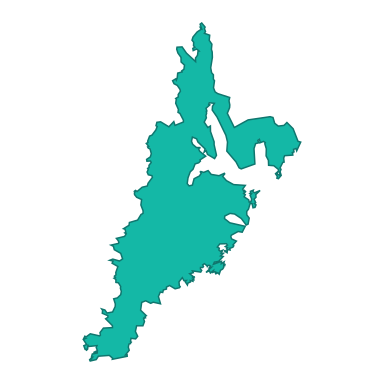 Moskenes nor, Norway
{"feature_id": "86288312B19862201560696", "entity_name": "Moskenes nor", "entity_type": "district", "adm_level": 2, "iso_a3": "NOR", "parent_name": "Norway", "parent_adm1": "", "projection": "albers", "projection_center": [12.984, 67.935], "detail": "fine", "context": "isolated", "style": "filled", "palette": "teal", "viewbox_px": 384, "rotation_deg": 0, "n_neighbors": 0, "source": "geoboundaries", "source_scale": "gbopen_adm2", "svg_char_len": 6016}
<svg xmlns="http://www.w3.org/2000/svg" viewBox="0 0 384 384"><path d="M300.7,142.1L298.0,141.3L293.1,128.7L286.9,122.5L284.0,125.4L278.3,126.1L274.7,123.3L273.0,117.5L270.1,116.7L248.1,119.9L234.3,127.5L227.3,113.3L229.6,107.7L229.8,104.9L229.0,100.8L229.7,97.5L217.7,93.6L215.1,91.9L213.5,87.8L214.5,80.7L213.4,79.2L213.4,74.8L211.6,72.7L210.7,67.8L212.4,57.3L212.2,52.0L211.4,49.3L211.9,44.2L209.2,40.3L209.7,35.2L204.4,33.3L205.5,31.5L204.4,28.7L205.1,27.1L201.7,23.0L200.1,24.2L201.6,28.7L200.5,28.0L201.1,29.3L197.1,32.0L193.0,37.0L192.0,40.2L193.7,42.3L193.5,45.7L194.9,47.2L192.8,48.4L193.2,50.6L196.6,49.0L199.1,51.1L198.0,51.4L197.5,55.3L195.5,58.0L195.6,61.6L186.5,53.2L182.1,46.9L177.0,47.2L176.7,49.2L177.9,53.0L181.0,57.4L181.1,62.0L184.5,65.1L183.9,69.3L181.7,70.9L182.1,71.9L177.7,73.1L177.2,78.0L176.3,80.1L175.8,78.8L172.6,80.7L174.0,83.7L177.3,85.4L180.0,89.4L180.4,91.2L178.2,94.5L178.3,96.9L175.7,98.5L176.3,99.1L175.7,103.3L178.4,109.4L178.0,112.4L179.9,113.4L183.4,120.1L183.4,122.0L175.0,125.4L173.8,121.6L168.9,126.8L160.6,121.8L156.9,122.3L156.0,125.7L157.2,126.5L155.9,129.9L152.0,135.1L149.6,136.1L147.7,141.1L148.0,142.5L146.3,143.4L148.7,146.4L147.6,146.9L148.2,148.0L150.1,149.1L151.3,153.7L150.3,156.9L146.6,159.4L146.9,161.2L150.5,161.0L151.2,162.5L149.0,165.3L149.0,167.6L147.6,168.4L148.2,169.7L147.1,172.0L148.3,174.8L151.9,175.6L152.4,177.4L148.1,183.2L147.3,186.0L142.2,187.2L137.1,191.5L135.5,190.4L134.5,191.2L135.2,191.5L134.4,193.0L134.6,194.7L136.7,197.3L141.6,199.5L140.9,205.0L143.1,210.8L143.0,213.4L141.0,214.5L137.6,220.1L129.4,222.5L129.0,225.3L123.5,228.7L125.1,229.3L125.8,232.4L124.8,232.9L126.2,233.8L124.6,236.4L116.4,238.4L118.2,240.6L118.9,242.5L118.4,243.4L111.0,245.1L113.4,246.3L114.3,249.7L120.7,253.3L122.6,258.9L119.5,261.0L112.8,259.1L109.7,260.3L113.1,261.1L112.1,263.2L117.9,266.5L115.8,272.5L116.0,274.8L114.4,276.2L115.4,277.5L114.0,278.2L115.9,279.5L115.9,282.4L118.4,282.8L120.7,286.5L120.4,288.2L121.3,291.4L120.7,294.7L117.4,297.9L113.7,298.8L115.3,303.9L115.2,306.5L112.6,312.0L107.0,313.0L104.9,310.0L101.7,309.0L102.6,310.3L102.3,313.3L107.9,315.7L107.9,317.3L105.6,318.8L112.4,325.6L112.5,327.6L103.4,328.1L100.0,332.6L100.4,335.2L99.6,335.9L90.3,333.8L86.0,337.0L84.9,336.2L83.8,338.4L85.2,338.6L83.3,339.4L86.6,344.5L83.8,345.7L85.1,349.3L87.1,349.1L86.0,350.7L87.6,349.2L87.9,344.7L88.6,346.5L97.0,345.6L96.2,347.4L97.4,350.6L93.4,352.6L97.3,351.7L97.3,353.0L92.3,354.0L91.5,356.9L92.7,357.1L91.0,358.5L92.3,358.4L89.7,360.0L90.2,361.0L96.2,359.6L98.4,356.2L109.3,355.4L112.6,358.2L112.3,359.3L127.2,356.3L127.1,354.8L125.5,354.9L129.2,350.3L128.3,347.2L128.9,344.1L131.0,343.4L130.3,343.3L131.3,342.1L130.5,341.6L131.0,338.3L135.6,338.9L137.7,336.3L135.4,331.5L136.6,325.8L142.9,325.8L144.5,321.5L143.6,318.9L144.2,318.4L143.1,318.0L145.5,317.8L145.1,316.3L146.3,315.7L140.6,310.2L141.7,302.4L145.7,300.8L150.7,303.3L153.2,302.2L160.5,303.8L158.4,296.5L160.3,292.1L162.7,292.5L163.4,289.9L166.4,289.1L166.5,287.0L169.6,285.5L175.1,288.8L179.5,287.7L180.2,286.7L179.3,285.6L179.0,281.8L182.3,277.7L183.9,280.6L186.3,280.5L185.2,281.7L187.4,285.0L187.9,283.1L190.4,282.0L190.3,280.5L192.9,281.3L192.5,279.3L193.8,279.9L193.8,277.6L194.8,276.7L192.0,277.5L193.2,276.5L189.7,273.7L193.3,272.7L192.4,270.9L200.7,272.1L201.7,270.4L200.4,269.0L200.5,267.5L202.7,267.5L203.5,266.6L202.7,264.8L204.4,263.7L207.3,266.0L207.2,267.3L207.7,265.5L209.3,265.3L210.5,266.0L209.3,267.7L211.4,267.3L206.0,272.4L209.3,270.8L210.4,273.0L213.4,270.6L212.9,272.3L214.8,271.6L216.1,272.3L215.3,272.7L215.8,273.8L217.9,272.8L219.2,274.2L220.5,270.3L222.6,269.1L223.7,267.4L223.7,265.2L224.7,265.6L225.0,264.4L223.6,263.5L224.1,261.9L221.3,263.7L221.5,261.3L213.4,264.3L214.4,262.1L218.6,261.4L223.2,256.5L220.5,255.9L223.4,253.3L221.0,253.2L222.7,250.3L220.3,251.2L218.9,250.1L219.3,248.2L217.3,247.1L219.8,243.9L226.4,243.7L227.5,245.1L225.3,246.6L227.5,247.6L226.5,248.9L227.3,249.6L227.0,251.0L224.1,250.7L227.1,252.7L227.5,249.6L230.1,250.0L229.7,248.4L232.9,247.2L233.8,245.8L233.0,244.9L236.4,241.1L231.6,238.9L230.8,236.7L231.3,235.2L238.1,231.5L242.2,232.2L245.2,226.3L229.8,222.8L224.5,218.6L224.8,216.0L230.0,213.4L234.6,214.0L241.3,218.5L246.2,225.0L248.1,224.1L249.2,218.1L246.8,214.9L246.7,211.5L248.5,209.1L250.1,203.6L252.1,203.6L253.0,207.8L255.0,207.4L256.0,204.9L254.4,203.6L255.7,202.7L254.1,199.1L256.0,197.3L255.8,194.5L260.1,190.5L254.5,192.8L252.8,191.6L253.3,190.2L250.4,191.3L250.7,192.9L250.0,193.4L251.5,193.8L250.1,195.2L251.7,199.1L250.8,201.9L249.2,202.1L248.7,199.9L244.1,196.8L245.3,194.6L243.6,193.5L245.6,191.7L244.7,190.7L244.3,192.2L242.7,189.1L245.3,185.4L233.6,184.6L226.4,180.6L222.7,176.4L224.7,173.9L224.3,173.3L219.0,175.7L211.2,174.4L208.1,170.6L203.7,172.4L200.8,171.5L200.3,171.9L201.2,173.3L199.4,176.0L194.1,178.7L192.4,185.1L189.1,185.9L187.2,183.6L188.0,177.8L190.2,171.9L193.0,169.3L195.1,163.9L198.7,162.8L200.4,161.1L200.0,159.9L205.7,156.2L199.7,151.3L198.5,148.6L200.5,147.6L196.4,147.5L192.7,144.3L191.5,141.3L192.4,137.1L196.6,138.8L197.9,142.0L205.1,148.9L204.1,152.2L206.2,150.7L207.5,154.4L214.6,158.6L216.5,155.3L214.1,144.6L214.1,141.8L210.5,131.5L210.4,126.0L207.8,127.5L204.2,122.1L206.4,117.8L205.9,115.7L206.6,113.3L206.3,111.4L206.9,111.0L206.0,108.3L209.8,104.9L208.7,104.4L209.3,102.8L214.4,103.3L212.5,106.3L212.2,110.0L217.1,117.1L225.9,135.3L227.5,142.0L226.8,151.1L236.0,161.9L239.1,167.8L241.2,168.9L254.9,164.0L254.0,148.6L255.6,143.6L258.7,142.8L257.8,140.4L259.4,139.3L260.2,142.2L259.2,143.1L263.5,141.4L265.3,142.6L264.8,143.7L266.3,148.8L266.1,155.9L268.4,160.3L268.6,165.3L273.8,165.7L278.5,169.5L278.3,171.4L279.8,172.9L279.8,175.3L277.4,174.1L277.4,172.0L275.5,173.7L277.3,176.4L276.9,178.2L278.4,178.7L281.2,175.4L280.1,171.8L281.0,169.3L280.0,168.0L282.8,162.4L284.1,162.1L283.7,158.0L284.6,155.7L292.8,155.1L292.5,152.9L293.4,152.7L293.0,152.6L292.7,152.4L294.0,151.9L293.5,149.4L296.0,148.5L296.7,150.8L300.7,142.1Z" fill="#14b8a6" stroke="#0f766e" stroke-width="1.5"/></svg>